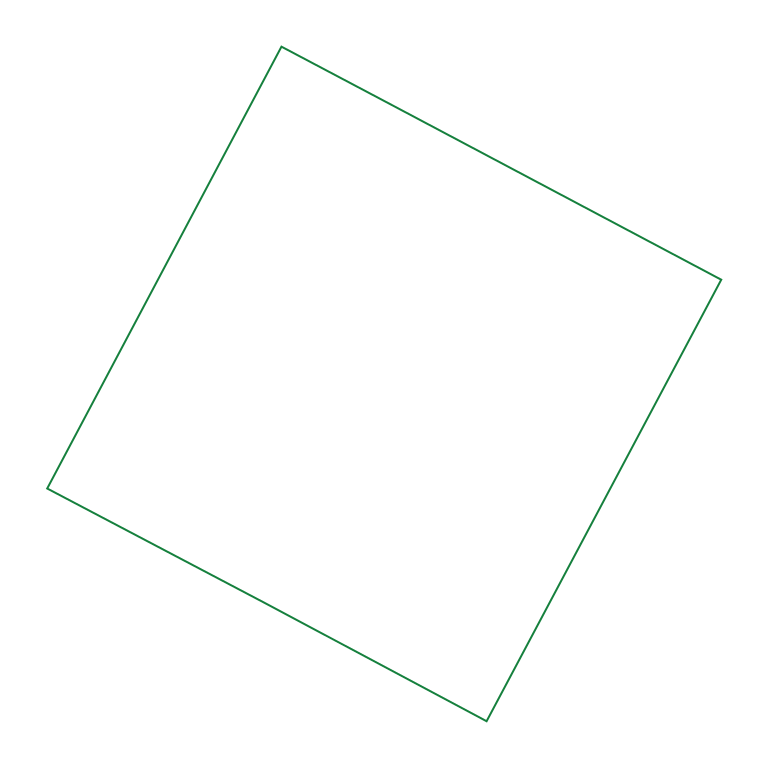 Greene, Iowa, United States of America (Mercator projection), rotated 208°
{"feature_id": "52423323B94777339307314", "entity_name": "Greene", "entity_type": "district", "adm_level": 2, "iso_a3": "USA", "parent_name": "United States of America", "parent_adm1": "Iowa", "projection": "mercator", "projection_center": [-94.413, 42.036], "detail": "fine", "context": "isolated", "style": "outline", "palette": "green", "viewbox_px": 768, "rotation_deg": 208, "n_neighbors": 0, "source": "geoboundaries", "source_scale": "gbopen_adm2", "svg_char_len": 250}
<svg xmlns="http://www.w3.org/2000/svg" viewBox="0 0 768 768"><g transform="rotate(208 384 384)"><path d="M135.1,134.4L135.2,634.4L508.4,634.0L632.9,633.7L632.3,133.6L382.9,134.7L135.1,134.4Z" fill="none" stroke="#15803d" stroke-width="2"/></g></svg>